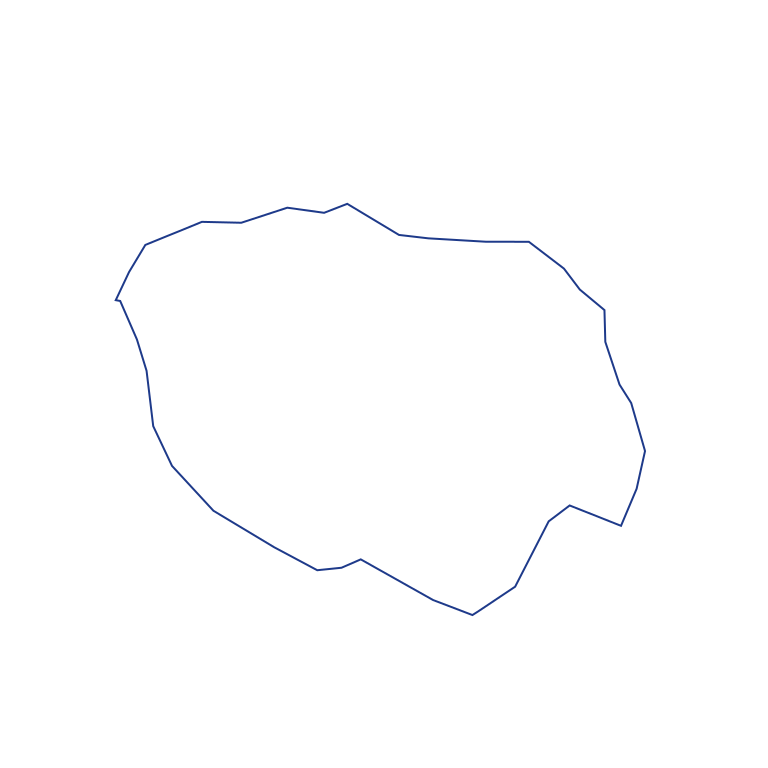 outline of Olofström, Blekinge, Sweden, rotated 301°
{"feature_id": "70781695B37822340313581", "entity_name": "Olofström", "entity_type": "district", "adm_level": 2, "iso_a3": "SWE", "parent_name": "Sweden", "parent_adm1": "Blekinge", "projection": "mercator", "projection_center": [14.59, 56.351], "detail": "fine", "context": "isolated", "style": "outline", "palette": "blue", "viewbox_px": 768, "rotation_deg": 301, "n_neighbors": 0, "source": "geoboundaries", "source_scale": "gbopen_adm2", "svg_char_len": 670}
<svg xmlns="http://www.w3.org/2000/svg" viewBox="0 0 768 768"><g transform="rotate(301 384 384)"><path d="M191.8,425.1L204.6,442.2L221.7,454.4L224.1,537.4L231.5,578.8L236.7,581.4L277.8,600.8L351.1,595.9L375.5,605.7L384.5,660.2L424.3,654.5L460.9,642.3L461.6,641.6L495.0,605.7L504.8,586.2L534.1,552.0L560.9,534.9L565.8,503.2L575.6,478.8L580.5,434.9L558.5,398.2L531.7,347.0L519.5,320.1L519.5,259.7L499.9,244.5L485.3,210.3L448.7,178.6L429.2,144.4L409.6,129.8L398.6,121.5L380.3,107.8L348.6,107.8L317.7,110.9L319.3,115.1L294.9,149.3L273.0,173.7L229.0,207.9L204.6,244.5L187.5,303.1L187.5,373.8L190.0,422.7L191.8,425.1Z" fill="none" stroke="#1e3a8a" stroke-width="2"/></g></svg>